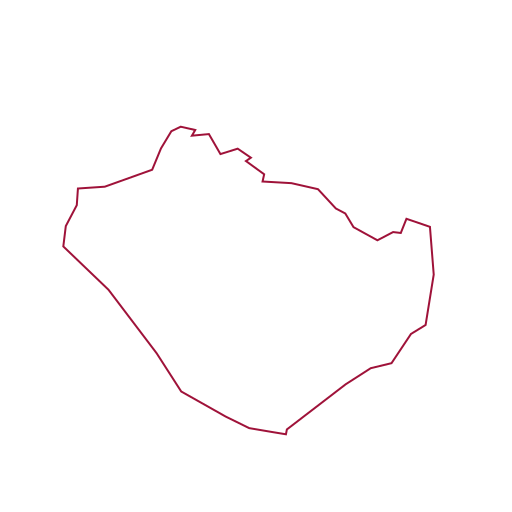 the district of Roane, West Virginia, United States of America, rotated 317°
{"feature_id": "52423323B60388203244476", "entity_name": "Roane", "entity_type": "district", "adm_level": 2, "iso_a3": "USA", "parent_name": "United States of America", "parent_adm1": "West Virginia", "projection": "albers", "projection_center": [-81.306, 38.732], "detail": "fine", "context": "isolated", "style": "outline", "palette": "rose", "viewbox_px": 512, "rotation_deg": 317, "n_neighbors": 0, "source": "geoboundaries", "source_scale": "gbopen_adm2", "svg_char_len": 680}
<svg xmlns="http://www.w3.org/2000/svg" viewBox="0 0 512 512"><g transform="rotate(317 256 256)"><path d="M137.3,104.4L121.6,117.6L125.1,180.1L117.0,259.4L108.9,304.1L124.3,352.7L133.6,377.2L147.5,395.4L156.3,406.8L160.3,403.9L234.2,411.0L263.4,416.3L282.0,426.8L316.2,418.7L333.0,422.1L373.3,390.8L403.1,353.3L391.4,331.4L377.6,337.9L372.6,332.0L355.5,327.3L347.0,301.4L350.3,285.8L346.8,275.7L346.9,249.4L331.6,226.9L311.6,206.0L317.7,201.8L313.4,179.7L319.3,180.6L315.8,165.0L299.5,157.2L304.7,134.7L291.2,124.3L297.5,122.4L289.1,110.1L279.2,107.0L259.9,112.5L238.9,122.1L192.7,102.2L171.8,85.2L159.6,96.6L137.3,104.4Z" fill="none" stroke="#9f1239" stroke-width="2"/></g></svg>